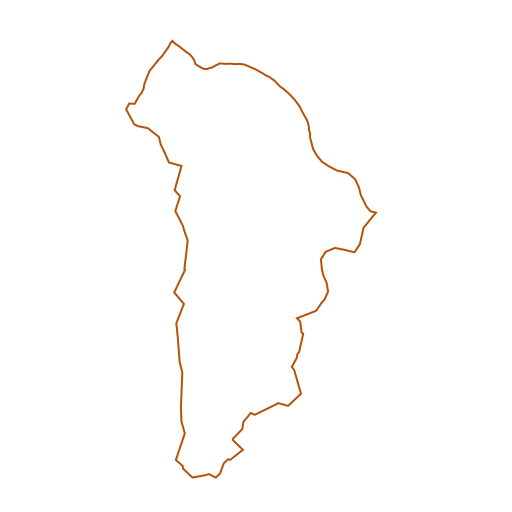 the district of Ibiono Ibom, Akwa Ibom, Nigeria, rotated 357°
{"feature_id": "59680162B99910214526625", "entity_name": "Ibiono Ibom", "entity_type": "district", "adm_level": 2, "iso_a3": "NGA", "parent_name": "Nigeria", "parent_adm1": "Akwa Ibom", "projection": "orthographic", "projection_center": [7.885, 5.181], "detail": "fine", "context": "isolated", "style": "outline", "palette": "amber", "viewbox_px": 512, "rotation_deg": 357, "n_neighbors": 0, "source": "geoboundaries", "source_scale": "gbopen_adm2", "svg_char_len": 1940}
<svg xmlns="http://www.w3.org/2000/svg" viewBox="0 0 512 512"><g transform="rotate(357 256 256)"><path d="M172.1,464.6L180.9,473.9L194.0,472.2L197.6,471.3L204.2,475.2L208.7,471.4L213.0,461.3L217.4,457.6L219.5,458.2L232.8,448.9L223.2,438.5L223.4,437.2L233.3,428.1L234.7,421.1L242.5,412.5L246.5,414.5L269.7,404.6L270.2,404.0L280.1,407.3L280.4,407.2L293.7,395.9L288.2,371.9L285.9,368.6L291.2,360.3L292.2,356.2L294.0,354.3L299.1,336.1L297.5,334.7L296.7,323.7L293.6,320.3L313.1,313.9L319.1,306.1L322.2,303.0L326.1,295.3L325.1,286.3L322.3,279.2L321.1,272.8L320.7,262.6L325.8,255.4L335.4,252.1L345.2,254.6L351.6,256.6L354.6,257.4L360.3,249.8L364.0,236.7L364.9,233.4L378.0,219.0L372.7,217.4L368.8,212.2L363.8,200.5L362.3,192.7L359.0,184.6L352.5,178.1L341.3,174.9L333.2,170.1L326.7,165.2L321.9,158.7L318.6,152.2L317.0,144.1L316.2,140.5L316.4,136.4L316.2,135.5L315.5,133.1L315.5,129.0L314.7,124.9L313.0,120.9L309.7,114.3L307.2,108.6L302.3,101.3L298.1,96.5L297.4,95.6L295.1,93.4L293.3,91.6L288.4,87.5L287.0,85.9L285.4,84.0L283.5,81.8L278.6,77.8L275.3,76.2L272.1,73.8L268.0,71.3L265.6,69.7L259.1,66.5L254.2,64.1L249.3,63.3L245.3,63.3L240.4,62.6L236.4,62.6L229.9,61.8L225.9,63.5L222.6,65.2L219.4,66.0L216.2,66.8L212.9,66.1L208.9,63.6L205.6,61.2L204.8,57.9L203.1,54.7L200.7,51.4L196.6,48.2L193.7,45.7L190.4,42.8L190.1,42.5L186.8,40.1L184.3,37.7L183.7,36.8L182.0,38.5L179.6,42.7L172.7,51.4L168.7,55.2L162.2,62.5L159.4,65.5L155.7,73.3L153.3,79.1L152.6,82.7L150.6,86.6L147.3,90.4L142.9,97.6L137.3,97.2L134.0,102.7L141.2,118.1L144.9,120.1L154.7,122.7L165.3,132.1L166.7,139.7L169.9,147.2L174.0,158.1L186.3,162.2L178.2,186.1L183.3,192.3L177.8,206.9L184.5,221.8L185.6,226.6L188.6,237.0L183.8,265.4L184.4,266.1L172.4,288.2L181.5,300.1L172.9,319.1L173.6,332.5L174.2,357.7L175.2,362.9L176.3,368.5L174.3,390.3L173.1,403.4L172.9,417.1L175.6,429.5L171.7,439.3L167.4,450.2L165.3,455.5L171.8,461.8L172.1,464.6Z" fill="none" stroke="#b45309" stroke-width="2"/></g></svg>